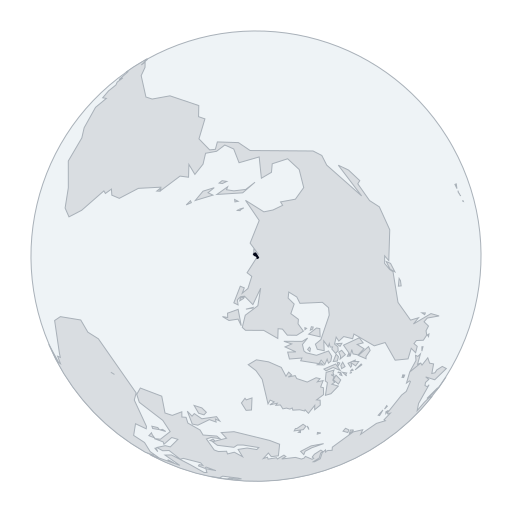 the Earth from above Delaware, rotated 151°
{"feature_id": "USA-3555", "entity_name": "Delaware", "entity_type": "State", "adm_level": 1, "iso_a3": "USA", "parent_name": "United States of America", "parent_adm1": "", "projection": "orthographic", "projection_center": [-75.371, 39.146], "detail": "fine", "context": "on_globe", "style": "filled", "palette": "ink", "viewbox_px": 512, "rotation_deg": 151, "n_neighbors": 0, "source": "natural_earth", "source_scale": "10m", "svg_char_len": 10540}
<svg xmlns="http://www.w3.org/2000/svg" viewBox="0 0 512 512"><g transform="rotate(151 256 256)"><circle cx="256" cy="256" r="225" fill="#eef3f6" stroke="#a8b0b8"/><path d="M256.4,481.3L255.4,481.1L259.3,480.7L255.3,480.7L263.7,478.7L259.0,479.3L261.6,474.8L269.0,469.4L275.2,448.4L270.7,443.6L253.6,437.8L233.1,415.3L238.7,405.7L234.2,400.7L249.1,386.1L245.1,371.3L239.8,369.0L234.5,374.5L216.4,363.7L210.0,351.1L155.2,320.2L149.7,312.0L150.1,301.2L134.5,257.3L140.0,295.5L133.4,286.3L128.7,271.6L132.0,269.8L129.8,249.4L124.3,239.2L126.3,214.1L142.1,187.6L143.4,193.8L147.1,187.2L145.6,179.3L143.8,175.8L154.3,146.6L151.9,125.0L143.8,123.2L151.3,120.2L130.9,120.8L124.9,114.8L136.3,118.7L140.9,117.0L139.1,111.1L143.5,108.2L145.1,104.0L150.5,101.2L156.7,104.3L160.3,102.8L158.8,98.8L163.3,94.0L165.0,100.0L172.9,92.3L184.8,97.4L185.0,117.7L196.1,120.1L208.2,140.3L211.6,136.8L218.3,143.0L224.8,141.4L225.2,146.2L230.0,140.9L228.4,136.9L230.0,133.4L233.6,132.3L234.8,137.9L233.1,139.3L235.3,140.4L234.4,143.8L236.9,141.5L237.9,148.9L242.3,140.1L247.6,144.7L246.8,150.1L239.8,151.4L220.6,168.8L217.6,175.6L220.4,183.3L240.5,193.3L240.2,200.4L244.8,208.6L248.3,203.6L245.9,195.5L253.5,188.7L249.6,180.1L252.1,176.3L251.0,167.3L258.8,166.9L267.0,171.6L268.3,179.2L271.9,181.7L276.9,173.3L285.3,187.2L301.2,196.1L302.6,200.2L294.1,209.4L278.5,211.6L267.5,225.6L282.3,215.0L285.5,226.4L289.2,227.9L293.5,226.7L295.4,221.9L298.1,225.8L284.4,237.2L281.7,233.8L286.1,230.1L278.8,231.5L269.6,240.2L271.9,245.7L255.5,254.6L257.0,258.9L254.2,263.6L253.0,256.0L254.9,270.1L236.0,285.5L238.2,309.8L227.7,290.8L218.8,288.0L208.1,287.4L208.3,291.4L194.0,286.6L181.1,292.7L176.3,310.7L181.2,325.7L197.1,328.8L201.9,321.7L213.6,321.4L205.2,341.1L225.6,345.8L223.6,360.4L229.5,368.2L239.7,366.7L250.3,370.3L257.8,362.0L269.9,357.0L270.3,368.6L276.8,357.6L283.7,362.7L307.6,359.4L305.8,362.3L326.1,372.2L347.6,372.7L352.6,379.1L350.0,384.6L357.4,383.7L357.5,386.7L386.3,380.5L400.6,380.9L399.7,390.5L387.1,406.6L374.1,430.1L351.1,443.7L344.1,451.5L324.3,463.8L310.5,466.4L313.4,468.7L304.9,471.9L295.6,473.5L293.1,475.4L286.2,476.3L290.3,476.7L278.2,479.3L280.5,479.8L271.7,480.7L256.4,481.3ZM45.9,222.0L47.6,217.5L47.3,222.2L45.9,222.0ZM48.2,213.6L47.7,215.3L48.0,213.6L48.2,213.6ZM48.1,211.5L48.1,213.0L47.9,211.7L48.1,211.5ZM47.8,209.2L48.0,210.3L47.9,210.3L47.8,209.2ZM237.0,317.7L260.4,328.8L247.2,330.3L249.7,328.3L243.8,323.7L232.7,319.2L221.1,321.0L237.0,317.7ZM48.1,204.5L48.2,203.2L48.6,203.7L48.1,204.5ZM247.4,304.9L243.3,304.0L247.3,303.9L247.4,304.9ZM142.2,174.8L145.1,179.5L144.8,188.0L141.9,184.3L142.2,174.8ZM143.5,159.5L146.1,160.6L141.7,167.0L141.6,164.4L143.5,159.5ZM136.9,122.9L138.5,125.9L135.5,124.1L136.9,122.9ZM144.4,103.9L142.5,104.0L144.2,101.8L144.4,103.9ZM246.8,168.2L248.9,167.8L248.0,169.6L246.8,168.2ZM244.4,164.8L241.9,167.3L240.4,166.1L241.9,164.6L244.4,164.8ZM153.9,95.7L157.1,92.3L154.9,96.2L153.9,95.7ZM247.8,162.1L238.0,163.7L235.4,161.6L239.1,154.2L247.8,162.1ZM159.6,90.7L167.2,83.0L163.8,82.5L177.8,80.0L166.7,87.1L164.6,91.8L163.1,89.7L159.6,90.7ZM226.3,136.2L228.2,140.3L223.2,138.0L226.3,136.2ZM222.7,135.6L205.3,134.4L204.4,128.1L210.4,129.6L206.5,122.6L214.6,120.0L218.6,123.3L217.6,127.8L221.4,123.4L222.7,135.6ZM184.2,80.2L187.0,79.0L185.3,80.9L184.2,80.2ZM230.2,131.8L226.8,132.0L225.7,126.4L232.4,125.1L230.6,127.3L230.2,131.8ZM201.5,122.2L201.9,118.1L208.5,114.8L209.6,112.8L214.7,119.4L201.5,122.2ZM232.7,128.0L235.8,124.7L239.6,126.3L233.5,131.3L232.7,128.0ZM222.6,125.6L222.4,123.0L224.7,124.0L222.6,125.6ZM255.0,131.1L250.9,131.0L250.0,128.1L255.0,131.1ZM236.7,123.3L235.4,122.8L234.6,121.7L237.4,120.0L236.7,123.3ZM219.0,116.8L221.7,116.4L217.3,113.9L222.1,111.6L224.7,116.6L225.6,113.5L227.1,112.8L227.5,117.6L219.0,116.8ZM237.8,115.1L242.6,121.1L250.4,121.6L251.4,124.2L238.7,122.9L237.8,115.1ZM231.7,116.1L235.7,116.0L234.9,119.1L231.7,121.1L231.7,116.1ZM224.5,108.4L216.4,110.6L216.2,109.5L224.5,108.4ZM240.2,114.6L238.9,113.2L240.8,114.2L240.2,114.6ZM229.5,109.5L226.7,110.4L226.4,109.0L229.5,109.5ZM238.8,109.8L240.4,111.6L238.3,113.0L238.8,109.8ZM234.7,109.1L235.0,107.2L236.6,112.3L233.4,109.7L234.7,109.1ZM229.7,108.1L228.6,107.6L230.9,108.0L229.7,108.1ZM246.0,104.0L248.4,110.2L243.8,113.0L242.0,106.5L246.0,104.0ZM444.8,133.1L442.8,130.9L440.1,127.3L439.9,127.0L439.5,126.7L444.3,133.3L442.0,131.3L448.0,138.1L456.0,152.4L463.0,167.2L468.9,182.4L473.7,198.1L477.3,214.1L479.8,230.3L481.1,246.6L481.2,263.0L480.1,279.3L480.1,273.8L480.2,258.6L479.2,256.6L478.1,264.5L476.3,262.2L475.1,266.2L463.4,297.2L456.5,297.8L440.3,285.0L440.0,270.9L434.0,260.0L427.2,194.4L432.3,189.0L434.4,160.1L435.8,158.1L442.7,167.7L450.0,158.4L443.9,146.9L443.4,136.2L438.5,126.1L424.1,109.8L432.1,126.0L426.4,123.0L414.4,104.9L406.4,91.9L403.9,90.4L403.0,94.3L395.1,87.7L402.0,95.6L403.7,95.1L408.1,100.3L406.8,101.1L404.0,98.6L404.7,102.0L417.6,114.2L420.7,115.0L426.3,128.0L432.0,130.9L435.6,136.6L427.3,134.1L423.5,130.6L413.2,133.5L417.7,138.1L427.8,136.0L427.3,138.4L433.5,145.6L428.4,142.1L416.2,144.0L417.2,157.4L429.0,184.6L427.4,192.8L421.2,196.6L406.4,179.1L411.7,162.8L406.5,157.2L396.4,155.7L398.9,151.1L395.4,148.8L396.6,142.9L389.3,131.0L389.1,125.1L377.6,117.5L376.0,113.6L383.2,119.1L388.1,120.0L386.6,106.6L383.7,103.2L376.4,99.5L376.9,96.7L370.1,94.9L365.0,86.9L365.4,95.5L356.9,92.4L349.1,86.3L346.4,87.1L359.0,97.0L363.9,99.7L368.1,99.4L381.6,109.2L384.0,114.6L370.1,110.9L372.0,118.4L360.4,113.0L333.5,88.1L326.6,79.9L333.3,70.4L339.9,73.1L340.7,77.7L347.8,75.3L343.5,74.5L343.9,72.5L335.8,69.6L335.7,68.1L328.1,68.3L327.1,66.1L331.9,66.0L319.1,60.7L314.6,56.3L311.8,55.9L310.0,56.8L305.5,51.0L303.6,51.1L304.3,52.9L301.0,54.3L293.4,54.8L292.3,52.7L294.9,52.3L298.6,48.7L305.7,48.3L304.5,47.6L298.1,47.5L293.5,51.8L289.2,52.7L290.5,50.2L289.7,51.2L287.2,51.0L283.7,49.1L281.9,51.8L256.2,55.0L246.9,52.3L250.9,49.3L231.8,51.2L222.7,49.2L223.4,50.7L214.7,53.4L217.4,54.0L217.1,55.1L196.0,63.8L190.2,64.7L181.8,71.3L182.2,72.3L186.0,71.9L177.8,80.0L163.8,82.5L163.7,80.1L155.1,83.7L156.1,78.1L153.0,75.5L159.2,68.0L156.1,67.1L153.1,68.7L146.6,69.1L144.1,65.3L159.7,61.1L166.2,68.0L164.7,64.3L169.1,63.2L171.0,60.8L169.6,58.6L167.0,59.5L185.3,48.2L190.0,42.6L179.9,46.4L173.5,48.1L169.9,47.8L171.0,47.4L186.4,41.7L202.2,37.2L218.2,33.9L234.4,31.8L250.7,30.8L267.1,31.0L283.4,32.4L299.6,35.0L315.5,38.7L331.1,43.6L346.4,49.6L361.1,56.7L375.3,64.9L388.8,74.1L401.7,84.2L413.8,95.2L425.1,107.1L435.4,119.8L444.8,133.1ZM437.2,221.0L439.3,224.7L437.2,221.0ZM394.1,78.0L389.7,75.0L386.1,72.3L385.7,72.3L389.4,74.8L387.0,74.6L380.3,69.7L376.7,68.1L379.3,70.4L391.9,79.6L395.5,79.7L401.1,84.2L403.0,85.5L396.6,80.0L394.1,78.0ZM308.4,359.1L311.3,360.9L307.5,361.6L308.4,359.1ZM245.4,335.4L250.3,335.7L252.9,337.7L249.1,338.3L245.4,335.4ZM286.7,334.0L292.3,334.5L286.5,336.1L286.7,334.0ZM264.1,330.1L282.2,334.0L270.9,338.4L259.4,336.0L267.3,334.6L264.1,330.1ZM245.1,312.5L248.2,313.5L247.3,315.8L245.1,312.5ZM250.3,304.9L249.1,305.1L247.5,303.1L250.3,304.9ZM286.3,225.7L287.4,224.9L291.9,224.7L289.9,226.9L286.3,225.7ZM310.9,212.7L314.7,219.3L310.6,215.9L308.6,219.8L297.5,218.0L302.7,202.2L302.3,209.5L310.9,212.7ZM284.1,212.0L290.6,214.4L283.3,212.4L284.1,212.0ZM375.2,143.4L378.5,142.3L382.4,146.3L382.6,155.3L377.0,149.4L375.2,143.4ZM382.3,139.9L368.4,134.6L367.7,129.2L370.5,133.0L371.4,130.1L376.1,135.5L388.9,136.2L393.2,139.9L391.3,153.6L389.6,146.9L386.4,148.1L382.3,139.9ZM334.3,134.9L328.3,133.8L334.6,123.5L339.5,125.8L340.0,134.5L334.6,136.9L334.3,134.9ZM256.2,149.2L253.5,150.4L253.2,148.7L255.2,146.3L256.2,149.2ZM253.1,131.3L267.7,142.7L265.3,144.5L276.7,149.7L274.9,156.6L267.6,152.8L274.7,162.4L267.4,161.8L273.0,167.9L256.9,158.9L250.6,159.2L258.3,156.1L260.1,149.7L259.0,147.0L251.2,139.8L238.6,137.8L238.4,131.6L241.6,127.7L244.6,127.2L243.8,131.3L248.4,127.8L249.5,133.4L253.1,131.3ZM279.2,93.1L277.0,96.9L286.4,93.0L287.6,97.7L288.6,96.9L292.3,100.3L298.5,103.3L298.0,105.5L300.6,105.7L303.1,108.2L306.6,109.3L306.9,113.9L311.1,115.8L308.8,116.9L316.1,119.1L310.8,119.6L313.5,123.1L317.2,120.8L310.4,145.1L311.6,155.8L315.5,164.7L306.0,165.0L296.3,157.3L287.9,146.3L288.1,136.3L283.7,138.6L282.5,134.6L286.5,134.5L279.7,132.4L279.8,129.1L272.3,120.9L262.5,120.4L259.5,117.7L263.4,116.2L257.7,114.5L263.0,110.1L260.9,108.1L264.1,102.0L272.8,100.8L269.8,98.8L272.1,94.4L279.2,93.1ZM247.1,102.3L257.2,99.2L262.8,100.5L254.9,110.7L256.0,113.1L251.1,120.2L243.1,118.4L245.3,116.5L245.5,114.2L247.9,115.7L246.1,112.8L249.0,110.2L248.4,107.4L251.8,107.1L247.1,102.3ZM433.1,152.1L433.4,150.1L432.9,146.1L436.8,150.8L433.1,152.1ZM425.1,153.6L424.7,151.0L430.0,155.2L429.6,157.6L425.1,153.6ZM420.0,146.3L424.3,150.5L421.8,149.7L420.0,146.3ZM382.4,116.7L381.5,114.1L383.2,114.5L385.7,116.9L382.4,116.7ZM307.4,84.5L305.2,86.0L303.9,85.3L296.4,86.0L294.9,82.9L298.8,81.2L307.4,84.5ZM428.0,114.7L432.1,120.0L431.7,120.3L430.4,118.4L428.0,114.7ZM436.6,135.8L436.8,132.5L437.7,137.2L436.6,135.8ZM304.5,81.2L301.6,81.8L302.7,80.0L304.5,81.2ZM293.4,80.7L293.9,78.5L293.8,82.6L293.4,80.7ZM287.8,59.1L299.9,61.2L307.7,61.4L310.5,59.1L311.7,63.5L299.8,63.2L287.8,59.1ZM260.3,55.5L257.8,58.0L255.4,56.8L255.6,56.1L260.3,55.5ZM261.3,57.1L264.8,60.6L261.2,61.9L259.1,58.9L261.3,57.1ZM285.1,69.8L288.8,70.5L287.8,71.9L285.1,69.8ZM159.8,52.3L160.3,52.1L151.0,56.7L148.6,58.0L149.1,57.7L159.8,52.3ZM158.0,53.3L162.6,51.2L174.9,48.1L175.1,48.7L160.9,52.7L164.5,51.0L163.1,51.2L158.0,53.3ZM185.8,78.1L186.9,78.9L184.4,79.2L185.8,78.1ZM218.8,55.3L217.9,56.8L215.1,56.8L218.8,55.3ZM214.0,60.9L217.8,59.8L214.2,61.8L214.0,60.9ZM226.3,57.5L219.6,59.8L225.3,56.5L226.3,57.5Z" fill="#d9dde1" stroke="#a8b0b8" stroke-width="1"/><path d="M257.0,258.7L256.9,258.7L256.6,258.7L256.4,258.7L256.2,258.7L255.9,258.7L255.7,258.7L255.4,258.7L255.2,258.7L255.0,258.3L255.0,258.1L255.0,257.8L254.9,257.5L254.9,257.2L254.9,256.9L254.9,256.6L254.9,256.3L254.9,256.0L254.8,255.7L254.8,255.2L254.8,254.9L254.8,254.6L254.8,254.3L254.7,254.0L254.7,253.7L254.8,253.7L255.0,253.4L255.3,253.3L255.5,253.3L255.8,253.4L255.7,253.5L255.6,253.8L255.5,254.0L255.3,254.0L255.4,254.3L255.4,254.5L255.3,254.8L255.5,255.0L255.7,255.3L255.8,255.3L255.9,255.5L255.9,255.9L255.9,256.0L255.9,256.3L256.0,256.4L256.1,256.5L256.2,256.8L256.4,257.1L256.5,257.3L256.8,257.4L256.9,257.8L256.9,258.0L256.9,257.8L256.7,257.8L256.8,257.9L256.7,257.9L256.7,258.0L256.8,258.0L256.6,258.1L256.5,258.3L256.7,258.2L256.8,258.2L256.8,258.3L256.9,258.2L257.0,258.1L257.0,258.3L257.0,258.5L257.0,258.7Z" fill="#0f172a" stroke="#020617" stroke-width="1.5"/></g></svg>